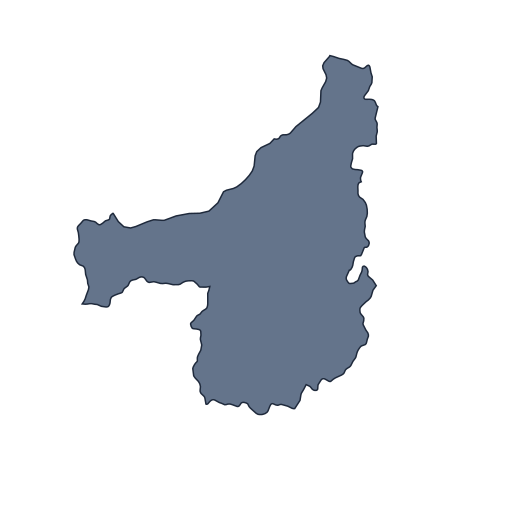 the District of Zajecarski, rotated 247°
{"feature_id": "SRB-844", "entity_name": "Zajecarski", "entity_type": "District", "adm_level": 1, "iso_a3": "SRB", "parent_name": "Republic of Serbia", "parent_adm1": "", "projection": "albers", "projection_center": [22.117, 43.747], "detail": "fine", "context": "isolated", "style": "filled", "palette": "slate", "viewbox_px": 512, "rotation_deg": 247, "n_neighbors": 0, "source": "natural_earth", "source_scale": "10m", "svg_char_len": 6124}
<svg xmlns="http://www.w3.org/2000/svg" viewBox="0 0 512 512"><g transform="rotate(247 256 256)"><path d="M351.0,141.2L341.4,142.7L334.5,145.8L330.8,151.5L330.1,156.8L330.0,169.1L329.4,175.7L328.6,177.6L325.6,183.3L324.7,185.4L324.1,198.1L321.2,211.2L317.3,221.0L315.7,230.2L319.8,241.7L327.8,251.2L328.1,254.5L327.0,261.6L327.1,265.2L328.4,270.7L330.4,276.2L332.9,281.4L335.7,285.8L339.5,289.4L348.6,294.4L351.8,297.5L353.8,303.0L354.2,312.8L356.7,318.5L355.5,320.4L355.2,322.0L355.5,323.6L356.6,325.0L357.0,326.0L357.1,327.1L357.0,328.2L355.7,331.4L355.4,333.5L355.7,335.6L359.5,343.3L365.3,363.5L368.3,371.6L372.5,375.5L382.8,380.4L384.9,382.6L389.3,388.3L392.2,390.6L395.5,391.3L402.2,390.9L405.0,391.7L407.4,394.2L410.9,401.5L411.6,402.3L409.4,405.2L405.4,409.7L402.7,413.6L400.4,416.5L399.0,417.5L395.3,419.1L394.1,419.9L387.8,426.2L387.1,427.1L386.7,428.1L386.7,429.5L387.6,432.1L387.8,432.9L387.7,434.0L387.1,434.5L386.0,434.7L385.1,434.6L379.7,433.4L375.5,433.0L370.3,430.4L369.2,429.3L367.5,426.9L364.3,424.0L361.3,418.8L360.5,417.7L359.6,417.2L358.8,417.1L357.9,417.5L357.4,418.1L355.9,421.8L354.8,423.8L353.9,424.8L353.1,425.4L352.5,425.7L350.8,425.9L347.8,425.8L346.9,426.0L345.8,426.6L336.3,419.5L335.0,419.1L331.5,419.4L330.1,419.1L327.0,417.5L324.3,416.7L322.9,416.1L319.5,413.5L312.5,410.8L312.3,410.5L312.2,409.7L313.6,406.6L313.6,405.6L313.2,403.0L313.5,401.3L315.7,397.8L316.6,394.5L316.8,393.0L316.6,391.5L315.9,389.1L314.8,387.1L313.2,385.4L312.4,384.8L307.8,382.9L304.5,380.2L302.0,378.5L301.1,378.1L300.3,378.1L299.1,378.5L298.5,378.8L296.9,381.0L295.7,383.4L293.8,386.3L293.2,386.9L292.0,387.1L291.2,386.6L287.8,383.2L286.9,382.6L284.7,381.9L283.2,381.9L283.2,379.8L282.8,378.9L281.8,377.8L279.8,376.7L276.3,375.4L273.8,374.3L272.0,374.0L270.4,374.2L269.7,374.4L266.3,376.6L262.5,377.5L259.7,377.5L255.6,376.6L251.9,375.2L249.1,373.5L246.4,370.7L245.2,369.8L244.0,369.2L240.6,368.1L237.7,366.1L235.8,365.1L230.8,364.0L228.9,364.3L226.0,365.5L224.5,365.5L223.2,365.0L221.7,363.7L221.1,362.7L220.8,361.4L221.5,359.5L221.3,358.8L216.2,353.7L215.4,352.5L215.6,351.7L216.5,349.7L216.6,347.7L216.3,346.6L215.7,345.9L212.7,343.4L209.7,341.5L208.2,340.2L206.7,338.2L206.3,337.3L206.3,336.6L206.5,336.4L201.7,331.2L200.5,330.4L199.5,330.1L198.5,330.0L196.1,330.4L194.8,330.8L194.2,331.3L193.9,331.8L192.9,335.0L192.9,335.8L193.3,337.5L193.4,339.5L193.9,340.6L194.4,341.2L197.6,344.2L200.0,347.0L201.4,348.1L204.1,349.6L204.6,350.5L204.6,351.0L204.3,351.8L203.2,352.6L202.1,353.1L200.2,353.4L197.8,353.0L195.5,351.5L194.1,351.3L192.7,351.8L188.3,354.0L181.7,355.1L178.8,350.3L173.9,346.3L172.8,344.9L171.6,342.2L170.9,339.4L169.0,334.3L168.0,332.3L167.4,331.5L166.6,330.9L165.2,330.3L163.1,329.7L161.6,329.9L158.0,331.0L156.6,331.0L154.2,329.8L152.1,328.1L150.8,327.8L144.9,328.2L141.5,328.9L139.6,328.7L138.2,328.1L136.0,326.0L133.3,324.0L132.3,323.1L131.8,321.9L132.0,318.0L131.8,317.1L131.0,315.5L129.5,313.3L128.3,311.9L126.8,310.6L124.0,308.5L123.3,307.7L121.1,304.0L118.1,300.5L117.6,299.5L117.3,298.6L116.9,295.8L116.4,294.2L116.0,293.6L113.9,291.3L113.4,290.4L113.0,288.3L112.8,281.5L112.4,279.0L111.4,275.8L111.5,275.2L111.8,274.7L112.3,274.1L115.3,271.8L116.4,270.8L116.9,269.6L116.9,268.7L116.4,267.4L113.3,262.9L112.4,262.3L109.6,260.9L109.1,260.5L108.7,259.5L108.8,258.9L109.3,257.6L110.1,256.6L111.5,255.7L114.1,255.0L115.0,254.6L118.0,251.9L114.6,247.8L111.9,244.1L110.7,243.1L105.9,240.1L100.4,232.0L100.8,230.9L101.7,229.7L105.3,226.6L109.4,221.5L109.9,220.2L110.0,218.2L110.2,217.5L111.1,216.1L113.4,213.9L113.8,213.1L113.8,212.4L113.5,211.5L112.1,209.8L108.7,206.5L107.8,205.0L107.4,202.7L107.6,200.5L107.8,199.4L108.8,197.1L109.5,196.0L111.1,194.7L117.9,191.5L120.0,190.8L123.2,190.6L124.5,189.6L126.0,187.7L126.4,186.7L126.5,186.1L126.5,185.3L126.3,184.7L124.8,182.4L124.5,181.6L124.5,180.6L124.9,179.8L128.4,176.1L129.9,174.3L130.7,172.2L130.9,170.2L131.4,169.0L133.8,166.8L135.4,165.0L139.6,161.7L140.2,161.0L140.5,160.2L140.7,159.6L140.6,158.1L140.1,156.6L138.8,154.0L138.7,153.1L139.0,152.2L139.4,152.1L145.0,153.4L146.5,153.5L147.5,153.2L151.0,151.7L152.9,151.6L154.3,152.1L157.4,153.8L159.4,154.2L160.6,154.3L163.0,154.0L167.3,152.4L169.5,151.9L170.3,151.9L177.0,153.8L178.2,154.7L180.1,157.0L181.1,158.7L181.9,160.6L182.5,161.1L185.2,162.2L186.3,163.0L188.0,164.8L190.7,168.2L191.2,168.6L195.3,171.3L200.9,172.2L202.2,172.8L204.6,174.4L208.2,175.7L209.1,175.7L209.9,175.4L210.4,175.0L212.0,172.8L213.7,169.7L214.4,169.1L216.5,168.8L218.9,169.2L219.4,169.5L219.9,170.2L221.1,173.7L223.5,177.3L224.0,178.2L224.2,179.1L224.4,181.7L226.0,184.6L226.4,186.2L226.8,189.0L227.5,190.6L229.2,192.0L230.8,192.9L240.5,197.0L242.8,199.2L246.0,201.6L246.9,197.8L249.3,192.3L250.0,191.8L253.0,190.9L256.8,189.1L257.4,188.7L258.3,187.3L259.5,184.3L260.1,182.2L260.3,181.0L260.3,178.6L259.7,175.2L259.9,173.5L262.0,168.4L264.6,164.9L265.7,163.2L266.3,162.0L267.1,159.3L268.1,157.3L271.0,153.7L272.3,151.9L273.4,147.3L274.4,146.3L275.5,145.7L278.9,144.9L280.1,144.4L281.2,143.1L281.7,142.0L281.9,140.2L281.5,137.0L281.5,136.1L282.1,133.0L282.1,131.1L281.7,130.1L281.3,129.4L279.1,127.0L278.7,126.4L278.5,125.8L277.6,122.1L277.1,121.3L275.1,119.0L274.8,118.5L274.7,117.3L275.0,114.3L275.1,110.5L274.9,108.1L274.6,106.9L274.1,106.2L272.9,105.0L269.7,103.2L268.4,102.1L267.5,100.9L267.2,99.9L267.4,98.8L267.7,98.0L270.1,94.0L273.4,90.9L274.6,88.7L276.3,86.2L277.1,84.3L277.6,82.2L278.3,80.1L279.8,77.3L281.5,79.9L283.3,82.0L286.1,84.4L290.5,88.6L292.8,90.1L296.5,90.4L299.9,91.5L305.6,92.0L310.1,93.4L311.9,93.6L313.7,93.2L314.4,92.8L316.9,90.2L319.3,89.1L321.4,88.7L323.7,88.7L328.3,89.0L330.5,90.0L334.7,93.1L335.7,94.5L337.1,97.4L337.5,98.0L338.6,98.8L340.6,99.7L343.7,100.7L346.9,101.6L350.7,102.1L351.8,102.6L352.5,103.2L353.3,104.5L354.5,107.4L356.0,110.4L356.3,111.2L356.3,112.0L356.2,112.6L355.7,114.0L355.0,115.1L352.7,117.9L351.0,120.5L349.8,121.6L347.8,122.5L346.2,123.6L345.9,124.1L345.7,125.2L346.1,127.6L347.0,130.4L347.2,131.3L346.9,134.2L347.0,135.1L347.3,135.7L349.4,137.1L350.1,137.7L350.7,139.0L351.2,140.8L351.0,141.2Z" fill="#64748b" stroke="#1e293b" stroke-width="1.5"/></g></svg>